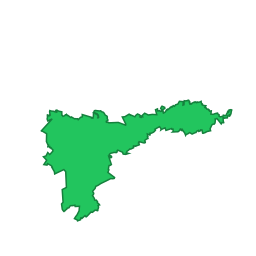 Cereté, Córdoba, Colombia, rotated 149°
{"feature_id": "7082276B12261061715125", "entity_name": "Cereté", "entity_type": "district", "adm_level": 2, "iso_a3": "COL", "parent_name": "Colombia", "parent_adm1": "Córdoba", "projection": "albers", "projection_center": [-75.84, 8.882], "detail": "fine", "context": "isolated", "style": "filled", "palette": "green", "viewbox_px": 256, "rotation_deg": 149, "n_neighbors": 0, "source": "geoboundaries", "source_scale": "gbopen_adm2", "svg_char_len": 5814}
<svg xmlns="http://www.w3.org/2000/svg" viewBox="0 0 256 256"><g transform="rotate(149 128 128)"><path d="M176.4,176.0L178.3,177.7L179.5,179.2L179.7,180.0L180.0,180.0L180.0,179.3L180.4,179.3L180.3,180.1L180.6,180.2L180.8,178.4L181.5,178.5L181.3,179.9L182.5,179.7L183.2,180.7L185.0,182.0L186.0,183.2L186.7,182.5L187.2,181.5L187.8,179.7L188.1,179.1L188.4,179.0L188.6,179.5L189.3,179.0L189.9,179.4L190.3,179.8L190.0,180.6L190.4,180.7L191.5,178.7L192.6,177.5L192.9,176.7L193.1,175.2L191.0,175.2L188.3,174.8L204.4,170.0L203.6,170.0L203.2,169.7L200.7,165.0L204.9,158.4L205.3,155.1L204.9,154.4L206.1,153.7L206.4,153.1L204.7,152.5L205.1,151.6L204.7,151.5L204.3,151.0L203.8,151.2L204.2,150.8L204.1,150.6L204.5,150.4L204.6,150.1L204.0,149.2L203.6,148.2L204.3,146.9L208.5,145.6L208.8,145.6L209.4,148.3L212.7,146.3L215.3,146.9L214.3,142.3L219.0,140.0L216.5,137.9L215.3,138.9L213.3,135.5L213.0,134.2L213.1,133.5L213.5,133.5L213.6,128.5L214.5,126.4L204.4,125.4L203.9,122.6L211.4,108.8L216.1,109.1L221.9,97.8L224.1,97.1L226.2,92.2L226.2,91.2L226.0,89.5L225.8,89.4L225.4,89.8L224.7,89.5L223.7,89.9L222.4,89.9L221.4,90.6L219.8,90.0L217.7,91.0L217.2,91.0L216.6,90.7L215.9,90.1L215.3,90.1L214.1,89.3L213.3,89.2L213.7,87.9L209.9,85.9L212.6,82.2L216.4,79.8L218.7,78.9L220.6,77.9L218.9,75.5L219.1,74.4L216.0,73.8L214.9,75.2L214.1,74.9L214.4,74.5L214.1,74.2L210.0,75.0L209.7,73.4L208.5,73.5L203.0,75.0L202.9,74.7L202.4,74.5L202.1,74.1L201.7,74.0L199.9,74.4L199.4,74.3L198.8,74.6L197.7,74.1L197.6,73.7L197.2,73.6L196.9,72.9L196.4,72.8L196.0,73.5L194.2,75.0L193.6,76.4L193.6,77.0L192.7,77.1L192.0,76.7L191.9,77.2L192.2,77.8L192.2,78.5L192.6,79.0L192.8,79.7L192.1,80.5L192.3,82.5L193.4,83.0L193.7,83.5L193.1,84.9L193.2,88.4L191.9,88.8L191.1,89.5L190.9,90.3L191.1,91.4L190.8,92.0L188.8,92.7L187.4,93.1L185.7,94.6L183.5,94.3L179.9,94.4L168.9,93.5L167.3,92.4L166.0,91.9L165.7,91.9L165.0,92.5L168.1,100.3L165.9,102.0L166.2,102.6L164.1,105.1L163.5,105.6L162.8,105.2L161.1,105.2L159.2,113.3L158.1,111.4L157.6,111.3L157.0,111.5L156.8,112.0L156.8,112.6L158.1,114.4L157.7,114.9L156.8,115.2L155.2,115.1L153.7,114.5L152.7,114.4L152.1,113.9L151.5,113.7L151.1,113.1L150.5,112.9L149.7,113.1L148.8,114.3L148.2,114.3L145.3,110.2L145.2,109.7L145.6,108.3L145.3,107.9L143.6,106.6L140.6,105.9L141.7,106.9L143.2,107.4L141.8,107.5L141.1,108.4L140.7,108.6L138.9,108.7L137.2,109.1L136.6,108.5L133.5,108.2L133.3,108.8L133.0,108.7L132.5,109.7L131.2,108.7L131.2,108.9L128.8,108.1L126.9,107.8L126.7,108.9L126.0,109.8L126.4,110.0L125.5,110.6L122.4,107.3L121.5,106.7L120.7,106.6L120.3,107.2L120.5,108.3L120.0,108.7L117.8,109.0L116.3,108.7L116.0,110.4L115.4,110.3L115.2,111.2L114.5,112.9L112.9,110.7L112.2,111.3L112.0,112.2L110.6,111.5L108.9,111.3L107.3,111.4L105.6,112.0L105.6,113.1L100.3,112.9L100.0,110.2L100.8,109.4L99.7,109.5L96.2,109.0L96.7,106.4L90.9,105.1L91.1,104.3L90.0,103.8L91.1,101.7L91.8,101.6L87.0,99.0L84.9,99.3L84.1,100.1L83.7,100.2L83.2,98.7L83.4,98.5L83.3,98.3L82.7,99.2L82.3,99.2L82.0,94.3L82.4,92.0L81.6,92.5L79.7,92.2L77.5,92.3L76.2,89.8L72.7,89.4L72.2,89.1L70.5,89.8L69.0,89.7L69.1,88.6L67.3,88.3L66.8,89.0L65.6,88.2L66.7,85.1L66.4,84.8L64.1,84.3L62.2,84.3L58.6,83.1L58.1,85.0L54.6,87.4L53.2,87.5L52.0,86.9L50.8,87.5L49.2,89.6L48.7,90.8L47.7,90.3L46.9,90.4L46.0,83.5L44.7,84.3L43.7,83.4L43.2,83.3L42.7,85.1L41.2,87.8L40.6,87.4L40.5,86.8L39.8,86.6L37.6,85.5L36.4,87.1L34.9,85.9L34.3,87.2L33.5,86.4L32.0,87.6L31.3,88.6L29.8,90.0L30.3,90.7L32.1,91.4L32.6,90.7L33.2,90.9L33.2,90.6L33.5,90.6L33.2,90.2L33.8,89.8L34.7,90.1L36.5,89.1L37.1,88.4L38.3,88.6L39.7,89.9L40.4,89.2L43.2,90.0L43.9,91.4L43.1,92.2L43.9,94.4L43.7,94.7L44.2,94.9L44.3,94.7L45.5,95.4L47.9,95.8L49.8,97.2L47.8,99.8L49.4,100.4L49.2,101.4L49.5,101.3L49.8,102.5L49.6,102.5L49.6,103.0L50.7,103.6L50.7,105.8L51.2,105.4L51.6,106.0L49.8,107.0L52.1,108.8L51.9,110.1L52.5,110.1L52.1,112.0L51.6,113.2L53.0,113.3L54.9,113.9L54.9,114.4L56.4,114.5L56.4,115.5L57.8,115.6L57.8,116.1L60.9,116.3L60.9,116.0L61.3,116.0L61.3,116.3L61.9,116.3L61.8,116.8L62.6,116.8L62.2,118.6L61.6,118.7L61.7,120.6L62.2,120.9L62.5,120.7L64.0,121.3L64.9,121.7L65.7,122.4L68.1,119.1L69.1,119.3L67.0,122.1L70.2,124.4L73.0,122.8L75.2,123.4L77.0,122.7L77.7,123.9L79.3,123.3L79.5,123.8L80.7,123.5L80.9,124.0L82.2,123.5L82.3,123.6L84.0,123.2L84.2,123.7L85.3,123.3L85.5,123.7L87.9,122.5L90.6,122.5L90.1,122.7L89.5,123.7L88.7,125.9L86.4,125.7L85.9,126.8L87.6,129.2L89.1,128.6L90.0,127.8L89.3,125.9L90.0,126.1L90.4,125.0L91.8,125.6L91.7,126.0L92.1,126.8L93.0,126.9L93.7,127.3L92.9,129.2L95.0,129.5L96.5,124.6L100.1,127.1L103.9,128.7L106.1,132.1L109.5,131.4L109.6,130.5L110.0,131.0L110.5,130.4L110.6,130.6L111.4,130.3L112.1,131.5L111.0,132.2L111.4,133.4L112.6,135.1L114.5,134.9L116.3,134.1L119.1,138.0L119.3,137.8L119.4,138.0L119.9,139.3L124.9,139.3L127.2,140.4L127.9,132.5L128.6,131.7L133.5,137.8L141.8,142.3L141.9,142.9L143.5,144.0L143.5,144.4L143.0,145.0L141.6,144.9L141.1,145.1L140.9,147.0L140.1,148.0L139.9,148.7L140.0,149.3L140.5,150.1L140.9,150.9L140.8,152.7L141.0,154.1L142.4,155.8L142.5,156.8L143.6,157.2L147.0,159.9L147.8,160.1L148.6,159.8L148.8,159.4L148.9,158.5L147.1,156.1L147.1,154.8L146.9,154.7L147.1,153.6L147.3,153.6L147.2,153.3L147.7,152.5L147.7,152.3L148.6,152.1L148.7,152.3L148.0,152.6L147.6,153.7L147.5,154.4L147.2,154.6L147.4,154.5L147.5,154.7L147.5,155.1L147.7,155.4L147.8,156.1L147.5,156.2L147.6,156.3L147.9,156.4L148.0,156.8L148.3,156.6L148.5,156.8L148.1,157.2L148.6,157.8L148.7,157.7L148.9,158.2L149.9,158.9L150.2,158.1L151.5,156.1L152.9,154.5L153.8,154.9L153.7,155.6L154.0,155.7L153.8,156.0L160.3,163.1L161.4,161.1L163.1,161.6L166.4,160.8L166.4,161.9L167.3,162.3L168.1,163.0L169.0,163.3L170.8,166.6L171.6,166.4L173.2,170.1L173.5,170.0L173.9,170.9L173.8,171.4L174.4,171.3L174.9,171.6L175.9,171.2L177.8,171.5L177.8,172.8L178.1,173.1L176.4,176.0Z" fill="#22c55e" stroke="#15803d" stroke-width="1.5"/></g></svg>